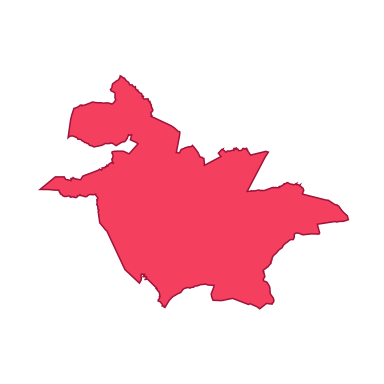 Yautepec, Morelos, Mexico (Equal Earth projection), rotated 260°
{"feature_id": "50627088B17751662562656", "entity_name": "Yautepec", "entity_type": "district", "adm_level": 2, "iso_a3": "MEX", "parent_name": "Mexico", "parent_adm1": "Morelos", "projection": "equal_earth", "projection_center": [-99.033, 18.865], "detail": "fine", "context": "isolated", "style": "filled", "palette": "rose", "viewbox_px": 384, "rotation_deg": 260, "n_neighbors": 0, "source": "geoboundaries", "source_scale": "gbopen_adm2", "svg_char_len": 5985}
<svg xmlns="http://www.w3.org/2000/svg" viewBox="0 0 384 384"><g transform="rotate(260 192 192)"><path d="M295.7,94.8L294.9,91.8L294.9,90.3L288.6,86.9L284.2,85.0L267.0,79.4L268.2,81.4L268.0,83.6L267.8,84.4L266.1,87.3L265.3,88.3L263.8,88.8L263.3,91.1L262.8,91.8L261.6,92.5L260.4,94.2L259.4,94.8L258.9,96.3L257.9,97.2L257.7,98.3L255.8,99.1L255.3,100.4L254.9,100.7L254.9,101.7L254.0,102.4L253.4,103.3L253.6,110.5L253.9,112.3L254.8,115.0L254.1,118.5L254.2,121.3L253.3,122.7L250.8,125.3L252.7,130.0L253.4,132.4L253.2,134.2L254.0,135.6L255.6,136.8L255.7,137.3L258.0,138.5L258.7,139.5L259.9,139.1L258.8,139.8L258.8,142.5L254.1,140.4L250.6,145.5L248.8,147.2L240.5,136.7L244.1,131.5L245.3,125.2L245.6,121.8L245.3,120.2L244.1,119.9L242.0,120.6L241.0,120.5L238.3,119.2L238.3,118.8L237.3,118.7L234.4,119.3L233.6,120.1L235.0,117.7L233.5,114.4L232.2,113.9L233.1,112.7L232.0,112.1L231.6,112.6L231.9,111.1L231.0,110.3L231.4,109.8L231.2,108.7L231.3,107.6L230.2,107.5L229.3,106.8L230.6,104.8L229.7,103.5L226.7,87.6L226.3,86.9L224.1,85.1L223.4,84.2L225.5,78.7L226.9,77.4L225.9,76.7L226.4,75.5L226.3,75.1L225.3,75.2L224.2,74.8L225.4,72.5L226.2,70.0L226.8,69.6L227.8,69.4L228.4,68.8L229.1,68.8L230.6,60.0L220.9,42.8L219.2,51.7L217.9,56.3L216.9,61.1L215.0,61.4L214.3,62.1L213.0,62.0L211.8,63.6L210.8,64.0L209.6,65.9L209.4,67.9L209.6,69.5L209.1,71.2L208.0,71.3L207.9,73.8L206.7,76.4L206.7,77.6L208.2,78.9L207.9,79.9L208.9,81.2L207.6,82.0L207.4,83.2L206.0,85.8L205.8,86.7L205.8,87.6L207.0,89.3L207.2,90.8L206.9,92.7L206.3,94.5L206.6,95.6L206.5,96.8L205.5,96.7L202.4,98.3L201.5,97.7L200.9,96.8L200.5,96.8L200.0,97.3L199.1,96.8L197.1,96.6L196.3,96.0L195.7,96.6L195.2,96.3L194.6,96.7L191.0,96.4L190.5,97.1L190.0,97.1L189.2,96.2L177.7,95.8L169.2,100.6L168.7,101.3L127.2,112.5L111.4,124.4L114.1,126.6L116.3,127.3L117.8,127.1L119.9,127.8L119.1,130.9L116.5,128.6L117.1,129.2L117.3,129.7L117.3,131.1L116.5,131.0L116.4,132.6L114.3,131.7L114.0,129.9L114.0,133.0L103.3,140.6L103.2,139.9L99.8,141.7L99.8,142.0L98.6,142.3L94.9,142.4L94.8,141.8L94.0,142.0L92.8,141.3L91.5,140.0L90.6,139.7L89.4,141.6L86.2,143.4L85.0,142.8L84.4,144.8L83.5,144.5L83.0,145.3L89.1,150.6L92.1,154.6L94.3,160.4L95.0,163.5L97.5,166.1L98.3,167.5L98.7,171.1L97.7,173.5L98.1,174.4L98.0,177.1L98.9,178.5L98.6,180.5L99.0,183.2L99.4,184.8L99.0,186.1L99.1,187.4L98.9,189.4L98.8,189.9L98.0,190.7L97.2,193.1L97.0,194.7L96.5,195.9L96.4,197.4L95.0,197.2L88.3,193.2L85.2,193.2L81.7,193.9L79.9,202.2L80.2,213.5L71.4,228.1L71.9,229.8L67.8,236.0L65.2,238.4L69.3,245.9L67.7,251.4L68.5,251.7L69.0,252.8L70.7,253.8L73.3,253.7L78.2,251.4L84.0,252.0L85.6,251.9L89.4,250.5L90.7,249.6L91.3,248.5L91.5,247.7L92.1,247.2L93.4,246.9L93.7,247.4L94.7,247.7L95.3,248.6L95.8,249.0L98.7,248.9L99.1,248.6L99.6,248.9L101.1,248.3L101.4,248.8L102.0,248.4L102.7,248.9L103.3,249.9L104.5,252.4L104.9,252.4L105.2,254.0L107.0,255.8L107.7,257.0L108.6,257.7L109.6,257.3L110.0,257.5L110.3,258.4L113.7,259.8L115.3,261.2L117.2,264.3L119.9,267.6L121.6,271.2L123.5,272.5L125.2,275.0L126.0,276.9L128.0,280.5L127.6,283.5L129.9,285.0L132.5,285.3L133.3,286.5L133.4,288.5L132.6,290.5L130.6,293.6L130.0,302.6L128.5,309.7L129.4,310.6L138.5,309.8L138.1,327.2L137.9,328.2L137.3,329.3L137.4,332.1L136.9,335.4L137.1,338.5L137.6,341.2L141.6,340.8L145.6,337.7L148.0,336.2L152.5,334.1L153.4,333.0L154.0,332.7L154.7,330.6L160.2,324.8L160.8,322.6L170.6,300.7L171.1,300.3L171.6,300.9L173.3,301.6L173.9,302.3L176.4,302.0L177.4,300.8L177.9,300.8L179.4,299.2L180.3,299.8L179.9,299.0L181.0,297.4L181.0,296.2L181.6,295.7L182.2,296.3L182.0,295.4L181.7,295.2L181.4,293.5L181.8,293.1L182.1,291.8L182.6,291.0L182.9,289.9L184.7,287.8L184.6,286.6L184.2,286.4L183.9,285.7L184.1,284.2L183.5,283.3L183.3,283.4L182.1,280.3L182.3,279.7L182.2,278.9L181.8,278.4L181.3,278.7L181.4,276.4L181.9,275.5L181.9,273.5L182.3,273.3L182.4,271.8L181.0,264.3L181.0,262.0L181.4,261.7L181.5,259.5L182.2,258.9L182.4,256.8L182.1,254.2L182.5,253.3L182.4,253.1L182.5,251.3L183.0,250.9L183.0,250.5L182.6,250.1L183.0,246.4L213.4,269.9L218.0,274.1L219.2,271.8L218.2,256.1L222.5,254.1L223.7,254.0L223.8,253.5L225.4,253.5L225.7,253.0L225.2,252.1L225.1,251.3L225.8,250.8L226.1,249.9L225.6,249.1L224.9,248.7L224.5,247.9L224.4,246.5L224.8,245.0L226.0,244.8L226.5,244.3L226.7,243.4L226.6,242.9L227.6,243.2L227.4,242.1L227.6,240.8L225.7,240.6L226.1,239.3L225.8,237.1L225.8,235.3L226.2,234.7L226.2,233.8L225.6,233.0L225.4,232.2L225.8,231.7L226.9,231.2L227.9,229.9L228.1,229.7L228.9,230.1L228.6,229.4L228.8,228.9L225.7,224.7L221.9,226.7L216.1,208.8L219.2,209.3L223.1,209.5L223.8,208.2L224.5,207.8L224.9,206.3L225.1,206.0L230.0,204.7L235.4,202.0L237.8,200.5L237.3,199.9L236.8,198.6L237.1,196.6L236.8,193.1L236.2,191.4L235.9,189.3L235.1,188.0L233.8,187.4L232.7,186.3L232.6,185.6L233.6,184.3L233.6,183.4L249.9,189.6L253.0,190.4L253.7,190.3L254.0,188.8L254.5,188.5L255.3,188.0L258.5,185.5L261.1,182.7L273.5,165.0L273.6,165.3L274.2,165.8L275.2,165.3L275.3,165.1L275.1,164.9L275.9,165.4L277.2,165.2L277.9,165.9L277.9,166.5L279.0,167.5L279.9,167.7L281.1,167.2L282.1,167.2L282.7,166.7L284.9,167.0L286.2,166.4L287.0,166.5L287.2,166.2L288.6,166.2L288.6,165.4L290.1,164.8L290.6,165.1L291.4,164.9L291.8,161.3L292.5,160.3L293.2,160.1L294.0,160.3L294.5,160.8L294.8,160.6L294.3,159.8L294.8,159.5L295.7,159.7L297.7,159.4L298.3,158.2L300.9,156.1L301.3,156.4L301.8,156.3L302.4,154.8L304.2,154.3L305.3,154.6L305.6,154.5L305.3,153.8L306.0,152.7L307.1,152.0L307.8,151.9L308.3,149.3L310.7,148.7L311.6,148.1L312.7,146.8L315.1,145.5L315.9,145.3L316.1,144.4L318.4,142.2L318.4,141.9L318.8,141.5L317.2,140.8L315.4,139.2L314.9,138.4L314.4,136.7L312.3,132.7L311.6,132.2L308.6,131.2L307.7,130.4L307.2,129.5L305.8,129.8L303.1,133.3L302.4,133.4L298.4,132.5L296.2,132.9L294.4,131.5L292.7,129.1L292.5,128.1L293.1,127.7L293.2,126.9L294.1,125.5L294.8,122.3L294.7,120.6L295.7,117.9L296.2,114.9L297.0,112.0L297.6,110.8L297.8,109.8L297.8,108.8L297.2,107.2L297.2,106.1L296.3,102.0L296.2,98.6L296.6,98.8L296.9,98.0L296.9,97.0L295.7,94.8Z" fill="#f43f5e" stroke="#9f1239" stroke-width="1.5"/></g></svg>